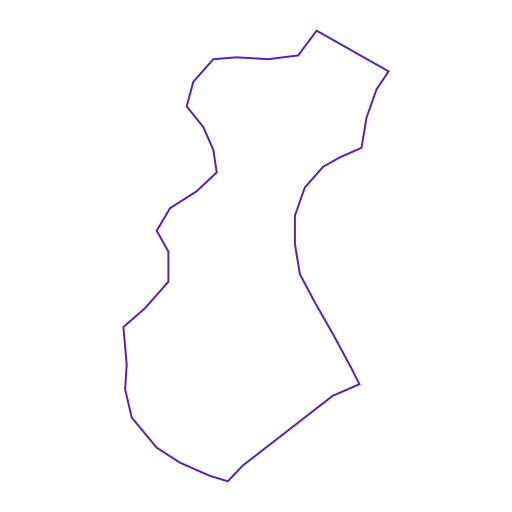 the state/province of Central Singapore
{"feature_id": "SGP-4871", "entity_name": "Central Singapore", "entity_type": "state/province", "adm_level": 1, "iso_a3": "SGP", "parent_name": "Singapore", "parent_adm1": "", "projection": "robinson", "projection_center": [103.856, 1.349], "detail": "fine", "context": "isolated", "style": "outline", "palette": "violet", "viewbox_px": 512, "rotation_deg": 0, "n_neighbors": 0, "source": "natural_earth", "source_scale": "10m", "svg_char_len": 611}
<svg xmlns="http://www.w3.org/2000/svg" viewBox="0 0 512 512"><path d="M359.4,384.2L332.7,395.8L242.7,465.6L227.8,481.3L210.0,475.9L180.0,462.7L156.7,447.7L131.7,417.5L125.1,389.2L126.7,364.7L123.4,327.0L145.1,308.1L168.4,281.7L168.4,251.6L156.7,230.8L170.0,208.2L196.7,191.2L216.7,172.4L213.3,149.7L203.3,127.1L186.7,106.4L193.3,81.8L213.3,59.2L236.6,57.3L268.3,59.2L298.2,55.4L316.6,30.7L388.6,71.4L376.5,89.4L366.5,117.7L361.5,147.8L339.9,157.3L323.2,166.7L304.9,187.4L294.9,215.7L294.9,244.0L299.9,274.2L314.9,302.5L333.2,334.5L351.5,368.5L359.4,384.2Z" fill="none" stroke="#5b21b6" stroke-width="2"/></svg>